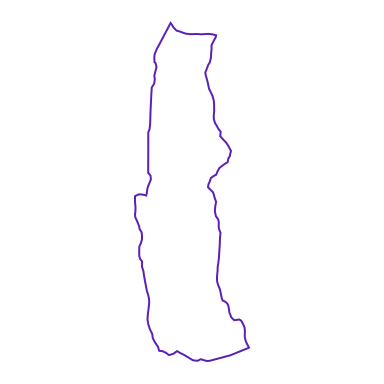 the district of South Mugirango, Nyanza, Kenya
{"feature_id": "3690345B2420334970551", "entity_name": "South Mugirango", "entity_type": "district", "adm_level": 2, "iso_a3": "KEN", "parent_name": "Kenya", "parent_adm1": "Nyanza", "projection": "natural_earth1", "projection_center": [34.664, -0.838], "detail": "fine", "context": "isolated", "style": "outline", "palette": "violet", "viewbox_px": 384, "rotation_deg": 0, "n_neighbors": 0, "source": "geoboundaries", "source_scale": "gbopen_adm2", "svg_char_len": 2775}
<svg xmlns="http://www.w3.org/2000/svg" viewBox="0 0 384 384"><path d="M218.9,258.2L219.2,253.3L219.5,248.7L219.8,244.0L219.9,240.2L220.1,236.7L220.5,232.9L220.0,231.7L219.1,229.1L218.7,226.9L218.7,225.1L218.8,222.8L218.7,221.3L218.1,219.4L217.6,218.6L215.9,216.1L214.9,211.7L215.2,206.7L216.1,201.8L214.6,197.7L213.9,194.7L212.8,192.0L210.6,189.9L208.0,187.3L208.5,184.2L209.6,181.9L210.9,178.0L213.6,176.0L216.1,174.8L217.6,171.2L219.4,168.0L223.6,164.7L227.6,162.2L228.4,158.3L229.9,156.1L230.0,154.8L231.0,151.0L228.9,146.9L226.3,142.8L223.3,139.6L220.2,136.2L220.7,131.9L218.1,128.4L216.8,125.9L215.1,123.2L213.9,119.5L213.7,116.7L213.8,115.0L214.2,111.5L214.1,107.7L214.1,105.2L214.0,103.2L213.8,100.9L213.6,99.9L212.5,95.9L210.6,91.9L209.0,88.7L208.3,85.1L208.0,83.8L207.5,81.5L206.9,79.3L206.5,78.0L205.9,75.7L205.5,73.9L205.3,72.5L206.6,69.3L208.2,64.9L209.9,62.2L210.9,57.7L211.2,52.7L211.6,48.7L211.5,45.3L213.5,41.3L215.4,37.8L215.8,36.9L216.1,35.3L212.2,34.3L208.5,33.9L204.5,34.1L201.1,34.3L197.1,34.0L194.2,34.1L189.6,34.1L186.0,33.7L182.6,32.6L179.7,31.5L176.5,30.6L173.7,27.6L173.1,26.8L171.8,24.6L170.6,23.0L161.1,41.0L159.5,44.1L156.8,49.0L154.6,54.4L154.3,57.8L154.5,62.1L155.5,63.0L156.5,67.1L155.3,71.8L154.3,75.6L154.8,78.8L154.2,83.6L151.8,87.4L151.4,93.1L150.9,103.2L150.6,109.8L150.1,124.8L149.5,129.4L148.3,132.2L148.2,172.8L150.5,175.6L150.9,179.4L149.4,183.1L147.9,186.8L147.2,189.8L146.9,192.5L146.6,193.9L146.2,195.5L143.1,194.7L139.8,194.3L137.9,194.7L135.0,196.2L135.0,201.7L135.5,207.4L135.4,211.6L135.0,214.7L135.4,217.5L137.3,221.6L139.1,226.2L139.6,229.0L141.6,232.3L142.0,235.4L142.0,239.2L141.0,242.8L139.3,246.7L139.2,251.4L139.3,256.2L140.2,259.1L142.1,261.4L142.0,266.7L143.4,271.1L144.0,275.5L145.0,281.1L146.0,286.3L146.9,291.0L148.3,295.4L148.7,297.1L149.0,298.8L149.2,302.8L148.6,308.4L147.8,314.6L147.5,319.3L148.2,323.9L149.9,329.3L152.2,333.9L152.8,338.1L154.8,342.1L158.0,346.8L159.2,350.8L162.6,351.2L166.1,352.9L168.9,355.1L173.2,353.9L177.1,351.1L179.3,352.5L181.6,353.7L184.2,355.0L188.7,357.7L192.8,360.2L195.4,360.6L198.0,360.7L200.7,359.2L203.0,359.9L206.6,361.0L209.7,360.8L230.3,355.3L249.0,347.7L248.3,346.3L246.4,342.6L245.3,339.5L245.0,338.1L244.8,336.7L244.8,333.6L244.9,332.2L244.9,331.0L244.6,327.9L244.3,326.9L243.8,325.6L242.7,323.4L241.3,320.8L239.3,319.5L236.7,319.9L235.4,320.1L234.2,320.1L232.2,318.3L231.2,317.2L230.0,313.9L229.4,312.5L229.1,310.0L228.8,308.1L228.3,305.7L227.1,303.3L225.6,302.0L224.5,301.3L222.6,300.5L222.2,299.5L221.7,298.0L221.1,295.0L220.8,293.6L220.6,292.3L219.8,289.0L218.3,285.4L217.3,282.2L217.1,281.1L217.0,279.7L217.0,276.9L217.3,273.7L217.4,272.4L217.6,270.6L217.6,268.1L217.7,266.8L217.9,265.7L218.3,263.0L218.9,258.2Z" fill="none" stroke="#5b21b6" stroke-width="2"/></svg>